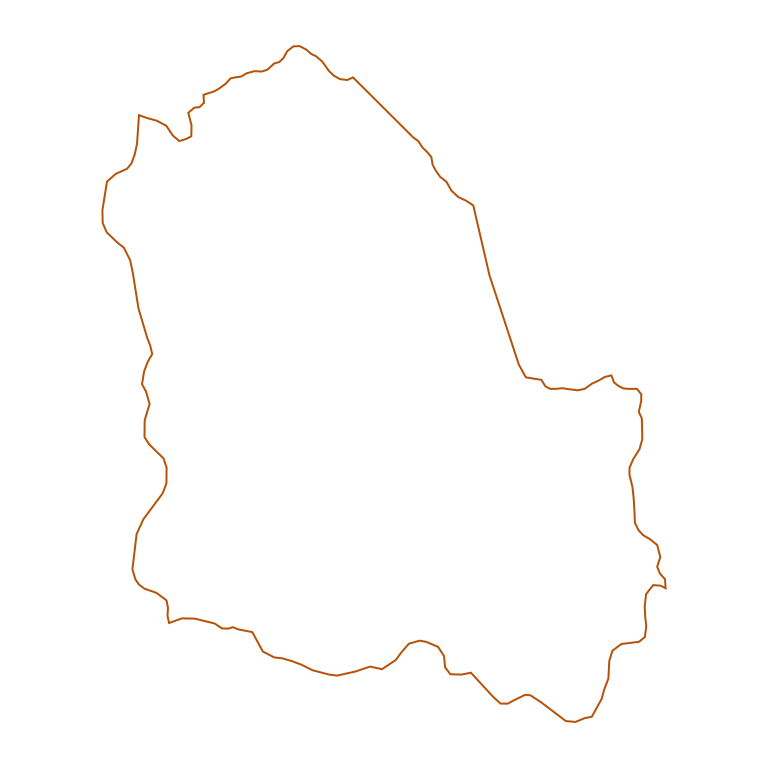 Inaciolândia, Goiás, Brazil
{"feature_id": "56859067B27733338584943", "entity_name": "Inaciolândia", "entity_type": "district", "adm_level": 2, "iso_a3": "BRA", "parent_name": "Brazil", "parent_adm1": "Goiás", "projection": "equal_earth", "projection_center": [-49.906, -18.499], "detail": "fine", "context": "isolated", "style": "outline", "palette": "amber", "viewbox_px": 768, "rotation_deg": 0, "n_neighbors": 0, "source": "geoboundaries", "source_scale": "gbopen_adm2", "svg_char_len": 2416}
<svg xmlns="http://www.w3.org/2000/svg" viewBox="0 0 768 768"><path d="M575.6,721.9L584.5,718.2L591.8,716.7L601.6,699.0L604.1,689.9L608.4,678.5L609.3,660.8L612.5,650.6L621.4,644.0L639.0,641.8L644.9,637.0L646.3,626.2L645.2,617.0L644.7,606.5L646.1,594.1L653.2,585.1L660.7,585.7L665.6,588.2L665.0,579.2L659.9,573.5L657.2,566.8L660.3,557.1L657.2,545.0L649.4,538.8L643.1,535.2L638.7,530.4L634.9,522.9L634.5,512.3L633.7,498.8L632.5,487.2L629.4,474.4L629.6,467.5L633.2,459.2L639.6,448.9L642.3,439.1L642.1,428.6L641.8,418.4L638.8,411.9L641.2,401.0L641.3,394.3L637.0,388.9L628.9,388.9L623.7,388.5L618.3,385.9L614.0,382.4L611.4,375.4L604.7,377.0L598.8,380.5L592.2,383.5L584.6,388.9L577.7,390.3L569.7,389.3L562.1,388.2L555.7,388.9L550.3,388.9L545.4,386.3L541.3,379.8L534.0,378.7L525.8,377.3L518.8,364.5L489.5,275.4L473.3,205.5L466.3,200.8L458.2,197.0L451.4,190.6L446.3,181.6L440.3,177.0L435.7,170.5L432.6,164.7L431.3,157.0L427.0,151.9L422.6,147.7L418.3,141.1L413.2,137.4L353.0,77.4L347.3,80.0L340.0,79.1L333.8,75.6L328.8,70.8L322.4,61.7L316.0,56.2L311.3,54.0L306.3,49.6L299.6,46.1L293.4,46.4L287.4,51.0L283.4,58.1L279.3,62.0L274.1,63.5L267.6,69.6L261.9,71.5L254.4,71.2L246.6,73.3L241.1,76.6L235.7,77.3L230.5,78.4L226.0,83.5L218.6,88.9L213.7,91.6L208.9,93.0L203.5,94.9L204.0,102.8L199.4,107.2L194.4,107.6L188.3,112.8L191.5,125.4L191.3,136.3L186.3,138.9L179.3,141.1L172.6,135.3L166.3,125.8L156.8,120.7L147.3,118.1L139.0,115.2L137.0,144.0L134.7,154.5L131.4,163.5L127.0,168.8L115.7,173.9L107.0,181.6L102.4,210.2L102.7,223.0L106.7,232.3L117.8,243.0L123.8,247.6L130.1,260.1L132.8,272.8L138.5,308.5L147.4,338.4L150.1,345.2L152.2,354.0L147.7,362.0L144.1,371.5L142.0,384.2L146.0,391.5L149.6,403.9L144.7,420.2L144.5,437.0L149.1,444.3L163.5,458.4L166.6,467.6L166.4,483.5L162.6,493.4L143.4,519.2L136.6,534.1L132.4,569.4L135.5,579.6L139.1,584.7L144.5,588.7L156.4,592.8L166.5,600.4L168.0,608.0L167.5,615.9L169.1,623.0L181.9,618.4L194.6,618.6L214.7,623.5L222.0,628.4L228.2,628.6L233.0,627.2L238.4,629.4L252.3,632.1L262.9,651.6L274.2,657.4L282.1,658.3L291.8,661.1L301.5,664.7L312.4,670.2L329.2,674.6L337.0,675.6L355.1,671.6L370.1,666.6L382.0,669.2L395.8,660.0L401.3,652.5L408.9,643.7L419.4,640.7L426.2,641.8L438.1,646.9L444.0,656.0L445.1,667.3L450.3,674.2L461.4,674.6L470.9,672.7L493.1,696.8L500.6,703.6L507.9,703.6L513.1,700.7L525.2,694.8L530.4,695.3L541.0,702.2L565.9,721.1L575.6,721.9Z" fill="none" stroke="#b45309" stroke-width="2"/></svg>